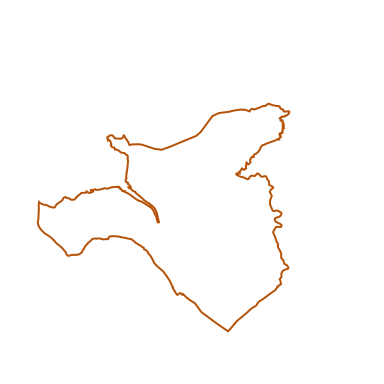 Kota Gorontalo, Gorontalo, Indonesia (Albers equal-area conic projection), rotated 122°
{"feature_id": "22746128B66202348563483", "entity_name": "Kota Gorontalo", "entity_type": "district", "adm_level": 2, "iso_a3": "IDN", "parent_name": "Indonesia", "parent_adm1": "Gorontalo", "projection": "albers", "projection_center": [123.046, 0.534], "detail": "fine", "context": "isolated", "style": "outline", "palette": "amber", "viewbox_px": 384, "rotation_deg": 122, "n_neighbors": 0, "source": "geoboundaries", "source_scale": "gbopen_adm2", "svg_char_len": 6010}
<svg xmlns="http://www.w3.org/2000/svg" viewBox="0 0 384 384"><g transform="rotate(122 192 192)"><path d="M222.8,67.7L220.1,70.4L219.4,71.5L216.5,71.1L214.3,72.8L213.5,73.1L212.6,73.0L211.6,73.3L210.6,73.1L208.9,72.3L206.5,70.1L205.6,70.0L205.0,70.2L203.9,72.3L203.9,75.6L201.7,78.2L200.6,81.4L197.0,83.7L195.1,86.4L193.4,89.5L192.8,90.2L190.4,91.6L189.0,94.3L185.6,98.3L183.5,101.5L183.0,101.8L181.7,102.2L177.3,102.2L176.4,101.5L175.2,98.9L174.6,98.2L174.1,98.0L172.9,98.3L172.5,98.9L172.3,100.0L172.6,102.2L172.6,105.4L172.5,106.0L171.6,107.2L170.9,107.5L170.1,107.6L168.4,106.4L167.3,105.1L165.5,104.4L163.6,104.4L162.8,104.8L162.3,105.3L162.3,109.4L163.0,110.6L164.7,112.1L165.0,113.4L164.8,114.2L161.2,119.2L159.6,120.3L157.0,121.5L153.4,122.1L152.4,123.1L151.0,125.7L150.2,126.3L148.0,126.3L145.9,125.4L145.2,125.5L144.7,127.6L145.1,130.2L142.2,132.5L141.0,135.5L139.6,137.1L139.6,137.8L139.9,138.6L141.8,140.4L142.1,141.0L142.1,142.1L141.3,145.3L141.9,146.5L142.8,146.8L144.6,147.0L145.3,147.4L146.4,149.9L147.1,150.6L149.0,151.0L150.9,150.9L151.8,151.6L152.0,154.7L153.3,159.1L153.7,161.5L153.7,162.9L153.4,163.9L152.3,163.8L151.5,162.0L150.8,161.3L149.6,162.7L149.1,162.2L148.4,162.0L146.8,162.0L145.7,162.3L145.5,162.0L145.6,159.6L143.2,158.6L141.7,160.0L140.0,160.4L138.6,161.4L138.1,161.4L138.0,161.0L138.9,159.4L138.9,159.0L136.9,158.1L136.2,158.1L135.4,158.4L134.0,159.9L132.1,159.7L130.9,160.0L130.4,159.6L129.8,158.3L129.5,158.1L128.6,159.0L128.0,159.2L127.2,159.0L125.7,158.0L123.0,157.1L119.6,157.0L118.1,157.5L115.0,157.1L113.9,156.0L111.2,154.3L104.2,148.7L102.6,148.0L101.5,146.2L101.2,146.9L98.5,145.7L97.5,146.5L97.8,147.3L96.4,148.6L96.2,148.6L96.2,147.5L95.4,147.5L95.0,147.3L94.5,147.7L94.1,147.3L94.0,146.7L93.8,146.6L93.3,147.2L92.7,147.2L92.2,147.9L91.8,147.8L90.6,148.0L90.3,148.7L89.8,148.7L89.6,148.4L89.1,148.9L88.9,148.6L88.7,149.7L88.1,150.0L87.8,149.7L87.7,150.2L87.4,150.3L87.1,149.6L86.2,149.8L86.5,150.6L85.6,151.2L85.5,151.8L84.7,151.7L84.6,152.1L84.0,152.4L84.0,153.0L83.5,153.3L83.5,154.0L84.0,154.1L84.5,154.7L83.8,155.3L83.1,155.6L83.1,156.0L82.8,155.8L82.5,155.9L82.3,156.4L81.3,155.8L80.9,155.9L80.6,155.3L79.8,155.0L79.6,154.3L79.0,153.6L78.5,153.3L78.0,153.4L77.2,152.3L76.4,152.3L75.7,151.8L74.7,151.4L72.7,151.8L72.2,152.4L75.0,156.5L75.0,157.2L74.0,157.9L73.8,158.4L74.3,160.0L74.2,161.4L73.4,162.5L73.1,163.2L73.2,163.7L75.1,168.0L76.0,171.1L76.5,173.9L78.2,174.8L80.1,175.4L81.3,177.3L83.8,178.8L89.1,183.0L89.7,185.1L91.0,186.0L93.1,185.8L94.0,190.2L95.7,193.1L95.9,193.9L100.5,199.4L104.5,203.3L110.7,210.9L116.8,214.9L136.5,216.4L142.2,218.2L165.9,235.1L172.4,240.3L175.3,246.8L178.5,260.0L179.7,262.4L183.1,267.7L185.2,269.7L185.2,270.2L183.4,272.5L181.2,277.7L180.0,279.5L180.4,280.0L181.6,279.5L183.4,279.7L184.9,280.9L185.6,282.5L185.3,282.6L185.6,282.5L187.4,285.7L186.5,288.3L186.2,288.7L186.3,289.8L187.5,291.6L188.7,292.1L189.6,292.2L190.4,292.9L191.5,292.1L191.4,291.6L191.6,291.2L192.8,290.5L192.0,289.9L191.9,288.7L194.0,285.9L194.5,285.6L195.2,285.8L196.1,284.4L196.3,283.6L195.5,281.5L196.9,279.8L196.2,279.1L195.6,276.5L195.9,275.5L196.1,273.3L195.8,271.8L195.2,271.0L194.8,269.7L194.9,268.8L195.4,267.4L195.1,266.6L195.2,266.1L196.0,265.2L198.5,263.9L199.2,263.0L200.7,262.1L205.3,259.8L211.1,257.3L214.5,255.6L215.2,254.7L216.3,254.9L217.3,254.6L218.1,253.8L218.3,253.2L218.4,250.7L219.0,250.3L218.8,250.6L219.1,250.5L219.8,249.8L219.5,250.0L219.2,249.8L219.5,249.1L219.9,248.9L219.5,248.9L219.5,248.5L219.6,247.6L220.0,246.9L220.9,246.5L220.9,247.4L220.1,248.3L221.1,247.3L221.1,246.5L221.4,246.3L221.9,247.5L222.0,247.1L221.3,245.9L222.3,245.3L221.3,245.8L222.3,243.9L222.2,240.7L221.9,240.2L222.7,238.6L222.9,237.0L223.1,236.5L223.0,234.6L223.4,233.7L223.7,230.9L224.1,229.3L224.3,228.4L224.6,223.4L224.3,222.1L224.7,221.2L224.8,219.5L225.2,219.2L224.9,218.1L225.3,216.2L225.8,214.7L228.0,211.3L235.1,204.0L235.9,205.0L231.8,209.4L231.0,210.9L228.6,214.3L227.6,216.4L226.9,218.7L226.8,226.7L227.0,230.1L227.3,231.7L227.7,232.2L227.6,233.8L227.8,234.9L227.1,243.0L227.1,246.3L227.4,247.9L227.4,249.1L227.6,249.3L227.1,249.7L227.0,249.4L226.8,249.5L228.1,251.8L227.4,252.7L227.4,254.7L227.0,255.3L227.1,254.7L226.8,254.6L226.6,255.4L227.0,255.5L227.0,255.9L226.4,256.6L227.1,257.2L227.0,258.2L228.0,259.0L229.8,261.7L231.4,263.5L233.8,265.1L234.4,266.1L234.5,266.9L234.9,267.3L235.1,268.4L236.1,269.0L238.8,271.4L241.0,274.3L241.3,275.3L241.1,275.7L242.5,276.9L244.0,278.9L244.7,279.2L242.9,277.0L243.7,276.2L244.1,276.3L244.8,277.0L245.1,276.7L247.3,278.6L247.4,281.3L247.7,281.0L248.5,281.3L251.3,285.1L251.8,285.4L255.1,286.4L256.0,287.1L257.3,286.9L258.0,287.4L259.5,287.4L260.4,287.6L261.3,288.3L262.5,290.2L262.7,291.5L262.5,292.5L263.5,295.6L263.2,296.6L265.5,298.0L267.4,297.6L269.1,298.0L271.9,299.4L274.1,300.2L275.8,300.4L277.3,300.1L278.2,300.6L278.9,301.7L280.0,305.7L280.1,308.2L281.5,311.6L281.9,315.1L281.5,316.3L283.6,315.5L288.7,312.2L294.5,309.0L296.7,307.8L299.1,306.9L301.0,305.4L302.4,303.5L303.5,301.3L305.1,295.8L305.1,290.6L305.5,286.1L307.4,279.2L308.1,273.0L310.0,267.2L311.4,265.4L311.8,263.9L311.4,262.6L309.0,260.6L305.8,255.6L303.6,254.2L301.8,253.5L293.7,253.8L292.2,253.3L289.6,253.1L288.6,252.5L284.8,251.6L283.1,250.1L281.9,247.8L281.1,247.1L279.8,244.3L279.2,242.0L277.1,239.5L276.5,238.2L273.9,238.5L272.6,237.4L270.7,234.6L268.7,230.7L264.1,218.1L264.9,212.5L264.8,206.4L265.1,205.0L264.8,203.6L266.0,202.2L265.7,201.1L266.1,197.9L267.0,197.1L267.9,194.0L268.7,192.1L269.6,190.9L269.9,189.9L272.2,186.6L273.2,182.8L274.6,174.3L277.3,167.6L279.4,163.3L282.3,158.8L282.7,157.7L283.4,157.8L286.7,151.2L287.0,149.9L284.0,148.5L283.9,147.2L284.3,145.9L283.3,145.7L284.5,139.9L284.8,135.3L284.7,130.8L288.7,120.9L289.0,119.5L290.5,99.8L291.0,87.6L288.1,87.0L278.5,85.7L276.4,85.1L264.7,81.3L259.8,80.1L254.3,77.4L253.3,77.3L251.0,77.5L249.5,77.1L244.3,74.7L233.3,70.4L231.1,69.3L228.6,69.3L227.1,69.0L227.0,69.4L224.0,68.3L224.1,68.1L222.8,67.7Z" fill="none" stroke="#b45309" stroke-width="2"/></g></svg>